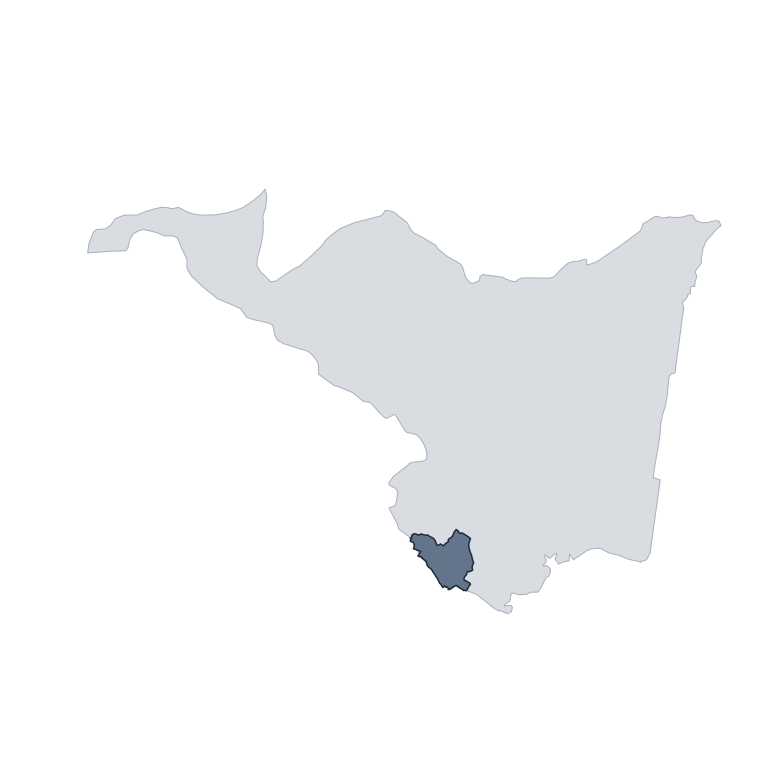 Manyu, Sud-Ouest, Cameroon shown in context, rotated 278°
{"feature_id": "32672807B1261524164639", "entity_name": "Manyu", "entity_type": "district", "adm_level": 2, "iso_a3": "CMR", "parent_name": "Cameroon", "parent_adm1": "Sud-Ouest", "projection": "albers", "projection_center": [9.296, 5.93], "detail": "fine", "context": "in_parent", "style": "filled", "palette": "slate", "viewbox_px": 768, "rotation_deg": 278, "n_neighbors": 0, "source": "geoboundaries", "source_scale": "gbopen_adm2", "svg_char_len": 6441}
<svg xmlns="http://www.w3.org/2000/svg" viewBox="0 0 768 768"><g transform="rotate(278 384 384)"><path d="M175.2,529.2L176.8,524.9L188.6,504.9L195.9,472.9L199.3,465.4L202.8,460.4L219.9,443.3L226.2,437.9L235.5,431.7L242.0,419.2L244.3,417.8L247.2,416.8L261.8,406.2L263.2,408.2L264.1,410.8L265.2,411.9L270.0,412.7L276.5,412.7L280.3,411.9L282.3,409.7L284.3,403.9L285.5,402.8L287.0,402.5L294.2,406.5L306.0,418.1L309.0,420.2L310.3,422.4L312.9,433.0L314.4,435.6L316.9,436.7L321.5,436.0L326.3,434.1L330.5,431.4L334.6,427.9L337.4,424.7L338.6,422.4L339.2,413.7L340.1,411.8L355.4,399.3L355.0,398.1L352.5,394.6L350.2,390.8L352.5,386.8L354.8,383.7L363.7,373.3L364.1,365.7L371.2,353.9L375.2,338.2L375.3,335.2L384.5,318.0L394.2,316.4L397.9,314.0L402.2,309.7L405.0,305.7L406.3,301.9L407.2,294.6L408.8,286.3L409.9,279.1L412.7,272.3L417.6,268.9L426.0,266.0L427.3,264.7L428.5,260.2L429.6,245.4L431.0,238.8L438.7,231.3L442.1,219.7L445.1,207.5L453.9,192.8L464.2,178.1L469.0,174.2L473.0,172.3L477.7,172.1L480.9,171.0L492.0,163.6L496.7,161.1L500.1,158.6L500.9,156.4L501.2,153.2L500.1,145.7L502.0,140.1L503.0,131.6L503.4,124.9L503.0,122.6L500.9,118.7L497.5,114.6L491.9,112.2L484.2,111.6L480.1,110.1L478.6,102.5L478.0,97.6L472.6,72.3L482.3,72.3L494.0,75.2L497.0,77.5L498.6,86.1L502.9,91.0L510.4,95.0L515.1,103.3L517.0,116.0L521.2,123.5L522.1,124.7L528.1,139.0L528.5,145.6L528.0,150.1L530.4,155.6L527.0,165.1L525.9,170.9L525.7,179.0L528.0,193.3L531.5,204.4L535.3,213.3L539.5,220.2L546.3,227.8L553.5,234.8L560.2,239.1L554.1,241.8L542.1,242.3L535.2,240.9L531.9,240.8L528.6,241.8L515.9,243.2L503.0,242.7L491.0,241.1L483.7,241.5L478.2,245.8L473.7,252.2L469.4,257.4L471.0,263.0L474.2,266.1L480.5,272.9L486.1,279.5L488.9,283.9L500.1,293.6L510.9,302.2L516.0,305.2L517.8,305.8L523.7,310.8L531.8,318.9L539.4,331.7L550.0,357.4L552.3,359.5L555.9,360.9L556.3,363.6L556.1,367.6L555.0,370.9L546.9,384.5L539.7,389.8L537.6,393.0L534.9,400.8L528.4,416.2L525.6,418.4L519.1,428.9L513.9,442.1L512.6,444.1L510.4,445.7L502.8,449.0L500.3,450.7L496.4,454.8L495.9,457.5L497.7,461.2L499.9,464.1L503.9,464.1L506.1,466.9L506.3,487.2L504.5,490.3L504.6,491.6L503.7,495.1L503.5,499.0L504.1,500.6L505.6,501.8L507.8,504.5L509.0,510.8L511.8,532.7L513.1,536.1L515.2,538.5L522.0,543.2L529.2,549.3L531.4,553.4L532.8,560.0L535.6,565.2L535.5,566.9L534.4,567.6L530.0,568.1L531.5,571.9L535.3,578.4L553.5,598.5L571.1,616.4L575.2,617.7L578.3,618.1L579.6,619.1L581.2,621.7L587.1,628.2L588.2,632.0L587.0,635.6L588.3,641.3L589.4,643.3L589.1,645.1L589.8,652.0L591.4,658.0L594.1,663.1L593.8,666.7L590.5,668.8L588.5,672.1L588.0,676.8L589.1,682.5L591.8,689.1L591.9,693.0L587.7,695.7L583.0,691.2L577.8,688.1L570.1,682.9L562.3,681.0L552.2,680.8L547.9,681.5L540.4,677.2L538.0,676.6L534.7,678.5L532.4,678.6L529.6,677.9L523.9,678.0L523.3,674.9L522.3,674.3L516.2,674.7L514.2,672.1L513.4,672.4L511.0,671.6L506.0,668.0L500.8,670.4L490.0,670.2L435.4,670.6L434.0,667.2L431.3,665.4L426.4,665.3L411.9,666.1L400.8,665.6L393.3,664.3L384.1,663.6L372.7,664.3L360.9,664.3L340.0,663.5L328.4,663.6L328.7,665.7L328.0,667.2L327.4,670.9L253.2,671.0L247.2,668.6L245.4,667.0L244.8,663.9L243.4,663.6L244.5,650.7L247.0,640.0L248.0,630.0L251.5,621.1L249.6,612.3L247.5,608.5L236.3,596.0L241.4,591.3L234.6,591.9L233.2,587.3L229.9,581.7L231.9,580.8L233.9,577.8L240.0,578.7L239.8,577.2L234.5,572.5L235.0,570.2L237.2,567.5L236.1,566.4L232.3,569.2L229.6,569.1L227.5,567.3L225.9,567.0L226.9,570.6L224.7,573.8L222.7,574.9L219.3,574.7L216.5,573.9L215.7,572.1L213.1,570.8L205.7,568.4L199.4,565.6L198.2,558.0L195.7,554.7L194.7,551.0L194.1,546.8L195.0,540.2L193.4,539.2L191.6,538.8L188.9,539.2L186.4,538.8L183.5,535.2L180.9,533.8L182.5,540.4L180.6,542.3L176.2,541.7L174.3,539.2L173.9,537.4L176.0,529.3L175.2,529.2Z" fill="#d9dde1" stroke="#a8b0b8" stroke-width="1"/><path d="M238.1,432.7L237.7,432.9L237.3,432.6L237.1,432.6L237.0,432.8L236.6,432.7L236.0,432.9L235.8,432.8L235.6,432.4L235.4,432.2L235.1,431.7L235.0,432.1L234.6,432.2L234.3,432.2L234.1,432.4L233.5,432.1L233.1,432.1L232.7,431.9L232.4,431.8L232.2,431.8L231.8,432.6L231.5,433.0L231.5,433.5L231.4,433.9L231.5,434.1L231.6,434.8L231.4,435.0L230.4,435.6L229.1,436.3L228.3,436.6L227.5,436.6L226.8,436.4L225.3,436.1L224.9,436.2L224.7,436.9L224.7,437.1L224.7,437.3L224.6,437.8L224.7,438.1L224.6,438.4L224.3,439.2L224.2,439.9L224.0,440.0L223.9,440.1L223.9,440.6L223.9,441.1L223.2,443.6L222.6,443.5L220.9,442.6L220.6,442.3L220.1,442.3L219.6,442.0L218.8,441.6L218.6,441.6L218.3,441.9L218.2,443.0L217.9,443.2L218.1,443.5L218.1,443.9L218.1,444.2L218.1,444.5L217.9,445.0L217.7,445.1L217.3,445.2L217.2,445.3L217.4,445.5L217.3,445.8L217.0,445.8L216.5,446.5L215.6,448.1L215.3,448.5L215.1,449.1L214.0,450.8L213.4,450.9L213.1,451.0L212.7,451.1L212.0,451.2L211.1,451.6L209.7,452.7L209.3,453.2L208.7,453.7L208.2,454.9L207.8,455.9L206.9,456.9L205.3,458.3L205.2,458.3L203.5,459.8L203.2,460.1L201.9,461.3L201.5,461.5L199.5,463.3L199.3,463.7L198.8,464.0L198.3,464.3L197.8,464.5L195.9,466.1L194.9,466.4L194.4,466.9L193.5,468.4L192.0,469.2L191.4,470.2L190.9,470.4L190.8,470.5L191.2,471.3L191.5,471.6L192.2,471.8L192.3,472.0L192.3,472.7L192.1,472.9L191.5,473.4L191.4,473.5L191.4,473.8L191.8,474.3L191.8,474.5L191.4,475.1L190.1,476.8L189.9,476.7L189.6,476.3L189.5,476.5L189.5,476.9L189.6,477.6L189.8,477.9L189.8,478.0L190.3,478.4L190.5,478.8L191.4,479.2L191.7,480.1L192.1,480.6L192.7,481.2L193.2,481.5L193.7,482.1L193.8,482.1L194.1,482.6L194.4,483.2L194.4,484.2L194.3,484.6L193.7,485.2L193.5,486.0L192.7,487.1L192.3,487.8L192.2,488.2L192.0,488.7L191.9,489.6L191.7,489.9L190.9,490.7L190.7,491.1L190.6,491.6L190.9,492.5L190.9,493.0L190.7,493.5L190.7,493.9L190.9,494.6L196.1,496.4L197.3,497.4L197.7,497.2L198.7,496.9L198.9,496.4L200.0,493.5L200.4,492.9L200.7,491.9L200.6,490.9L202.8,490.2L203.1,490.3L204.6,490.8L205.2,491.2L206.6,492.2L208.7,492.4L209.9,492.7L210.0,494.7L211.0,496.3L212.1,497.7L213.8,497.1L215.6,496.7L218.4,497.4L219.2,497.5L219.5,497.6L222.7,496.0L226.4,494.6L230.6,492.2L235.5,490.4L237.5,490.3L243.0,491.1L243.9,489.8L245.2,487.2L245.4,486.7L247.4,482.1L246.6,480.1L247.4,478.9L248.8,478.0L249.9,475.7L246.9,474.1L243.1,473.0L240.9,471.6L240.0,470.1L238.9,469.3L237.0,469.7L235.5,468.2L234.7,467.1L233.1,466.3L232.0,465.2L232.6,464.4L233.4,462.3L232.1,460.6L231.8,459.6L231.9,458.6L233.7,457.8L236.0,456.5L238.1,454.4L239.3,450.8L240.6,448.3L240.0,446.4L240.6,441.3L239.1,439.3L239.8,437.1L240.0,434.6L239.2,433.8L238.3,432.8L238.1,432.7Z" fill="#64748b" stroke="#1e293b" stroke-width="1.5"/></g></svg>